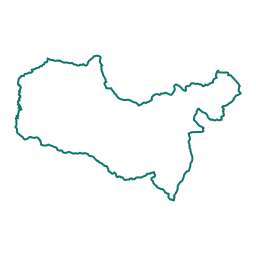 Quan Son, Thanh Hóa, Vietnam (orthographic projection)
{"feature_id": "81297802B81765499113898", "entity_name": "Quan Son", "entity_type": "district", "adm_level": 2, "iso_a3": "VNM", "parent_name": "Vietnam", "parent_adm1": "Thanh Hóa", "projection": "orthographic", "projection_center": [104.801, 20.254], "detail": "fine", "context": "isolated", "style": "outline", "palette": "teal", "viewbox_px": 256, "rotation_deg": 0, "n_neighbors": 0, "source": "geoboundaries", "source_scale": "gbopen_adm2", "svg_char_len": 5731}
<svg xmlns="http://www.w3.org/2000/svg" viewBox="0 0 256 256"><path d="M239.7,86.0L238.6,84.0L237.4,82.6L230.9,75.5L230.7,75.3L228.3,75.2L228.4,73.8L228.0,72.9L226.7,72.4L223.3,72.6L218.8,72.3L218.3,71.8L218.2,70.9L217.3,71.3L216.3,73.4L216.3,74.6L215.9,75.2L216.0,76.1L216.7,77.7L214.5,78.7L213.7,79.4L212.9,81.0L213.0,82.4L210.3,83.3L207.4,85.3L205.3,84.6L204.5,85.8L202.9,86.2L202.3,85.3L200.0,84.2L199.0,84.3L197.5,83.6L195.8,84.0L193.2,83.3L191.7,83.3L191.0,83.6L190.4,84.9L189.5,85.8L188.9,86.0L186.6,86.2L186.0,86.8L185.6,87.8L186.0,90.4L185.4,90.8L184.2,90.5L183.4,90.0L182.1,88.9L180.5,87.0L179.2,85.9L177.3,85.1L176.5,84.5L175.9,84.5L174.6,85.3L174.1,86.1L174.8,89.4L174.5,90.6L172.9,93.1L171.4,94.8L169.8,94.6L165.6,92.7L164.7,93.2L160.9,93.7L159.8,94.9L157.1,94.0L155.6,94.3L153.4,95.6L152.1,96.8L151.7,98.6L151.9,99.7L149.8,101.2L147.9,102.0L147.2,102.1L146.0,103.0L144.4,102.6L143.1,102.9L140.8,104.7L138.7,105.5L137.7,104.2L135.7,102.5L133.9,102.3L130.9,100.7L128.5,99.7L124.5,100.1L122.5,99.7L119.9,98.8L118.4,98.0L117.5,97.0L116.2,95.1L116.0,94.4L114.7,93.8L113.7,91.8L112.7,91.0L111.1,88.2L109.4,88.5L106.4,88.1L105.5,85.8L104.6,84.4L104.4,83.3L104.8,82.6L105.8,82.3L106.3,81.9L105.7,81.0L105.7,79.6L103.5,75.8L102.3,72.0L101.3,69.9L101.6,68.8L101.5,67.1L101.2,66.4L101.6,65.7L102.2,65.3L100.4,63.1L99.9,61.6L100.1,59.4L100.6,58.2L100.3,56.9L99.3,56.1L96.6,55.7L94.0,56.3L92.1,58.4L91.2,58.9L90.3,59.9L89.0,60.8L88.2,61.9L87.9,63.3L87.3,64.3L87.2,64.8L86.0,65.6L85.2,65.5L83.2,64.1L82.0,64.9L80.3,64.7L78.9,65.6L78.1,65.6L75.1,64.5L73.6,64.4L72.8,63.3L71.7,62.9L70.2,63.3L66.7,62.5L63.4,62.5L59.7,60.6L58.7,60.9L57.5,60.4L55.8,60.9L54.0,60.7L52.7,59.9L51.2,60.1L47.8,58.6L47.2,61.6L46.8,62.2L45.2,62.3L44.4,63.4L44.0,64.4L42.7,64.9L41.8,66.1L40.5,66.1L38.6,67.7L36.0,68.1L35.2,69.0L31.8,69.8L32.6,71.5L31.6,72.3L30.5,72.9L29.6,72.5L28.7,72.8L27.8,73.4L24.8,74.1L24.2,74.9L23.9,75.9L21.1,76.0L20.1,77.7L19.0,78.3L18.4,79.9L18.4,81.4L17.9,83.0L18.2,83.8L18.2,84.8L18.8,85.4L19.6,85.2L19.9,86.2L20.9,87.2L20.7,88.0L20.0,89.5L19.9,90.5L19.3,90.7L19.1,91.1L19.5,91.7L19.4,92.3L19.8,92.5L19.1,93.3L19.0,94.2L19.6,95.0L19.5,95.4L20.1,95.6L20.3,97.3L19.9,97.4L19.8,97.7L19.0,98.3L19.1,99.3L19.4,99.4L19.5,100.2L18.7,100.4L18.0,101.4L18.3,101.8L18.1,102.1L18.2,103.5L18.6,104.0L18.2,104.3L18.8,104.7L18.7,105.1L19.3,105.2L18.9,106.1L19.3,106.5L19.1,107.0L20.1,106.4L20.4,106.8L20.5,107.4L19.4,108.1L19.5,108.3L20.7,108.1L20.8,108.7L21.3,109.4L20.3,109.9L19.5,109.9L18.9,110.4L18.9,111.6L18.4,112.3L18.5,112.9L18.2,113.8L18.2,115.6L17.6,115.3L17.4,115.8L16.7,116.0L17.7,118.1L16.3,117.9L15.9,118.1L16.5,120.9L16.2,122.5L16.6,123.3L16.2,125.6L15.4,127.0L16.8,128.6L17.0,130.5L16.8,131.3L17.5,133.2L19.1,134.1L19.6,134.9L22.7,137.1L23.2,138.1L24.5,139.4L25.6,139.4L27.9,138.5L29.0,137.4L30.8,136.9L32.0,137.6L34.6,137.8L36.3,137.4L36.9,137.4L38.1,137.8L39.1,139.1L39.2,139.7L40.3,140.3L40.3,141.6L41.0,142.3L41.1,144.6L43.4,145.5L44.8,145.4L45.4,145.6L46.8,145.4L47.7,144.9L48.7,144.6L49.5,145.2L52.3,146.0L54.3,147.1L55.9,147.4L56.8,148.1L56.9,149.0L57.9,150.1L59.9,150.7L61.4,150.4L62.3,151.0L63.0,152.3L63.3,152.5L64.4,152.8L66.3,152.8L68.2,152.0L69.3,151.9L71.0,152.7L71.7,152.8L72.6,153.5L74.3,153.5L74.9,153.2L77.6,153.6L78.9,153.4L80.0,152.7L81.6,153.4L83.4,153.6L84.8,153.0L87.6,153.9L88.1,154.2L88.4,155.1L89.6,155.9L92.7,156.5L93.7,157.1L94.4,158.1L97.1,160.9L98.3,160.9L98.7,161.9L99.7,162.6L101.6,163.3L103.8,165.2L104.2,165.3L104.7,166.0L106.4,166.2L107.2,166.6L107.6,168.0L108.3,169.2L108.4,170.8L108.9,171.6L109.8,171.7L110.8,172.5L111.4,173.4L112.5,173.7L113.9,173.2L114.2,172.6L114.5,172.5L115.7,173.8L116.3,175.4L116.4,176.5L116.8,176.8L117.2,177.1L118.0,176.9L119.5,176.3L120.0,176.5L120.8,177.4L121.6,177.2L122.6,177.4L123.9,179.3L125.4,180.1L126.6,179.6L129.2,179.6L129.9,178.8L131.4,178.3L132.6,179.4L133.8,179.1L134.5,179.2L136.3,177.5L139.2,177.4L140.9,177.6L144.1,176.1L145.0,176.0L146.5,174.8L147.0,173.9L148.1,173.6L148.6,173.8L150.1,173.7L150.8,172.9L152.2,172.8L153.8,172.1L154.2,172.7L154.4,174.4L155.1,175.0L155.0,176.1L154.2,176.9L152.8,177.4L151.8,178.0L151.4,178.7L151.4,179.5L151.5,180.0L153.1,181.2L153.3,182.8L153.7,183.6L156.9,186.4L156.8,186.9L157.1,187.3L158.9,188.3L161.7,189.2L162.2,189.1L163.1,189.4L163.5,190.1L164.3,190.8L165.1,192.5L166.3,192.9L166.8,193.4L168.6,193.8L168.7,194.2L168.3,197.0L169.2,198.4L170.3,199.5L171.5,199.7L171.9,199.5L173.0,200.2L173.8,200.3L174.0,198.7L174.6,197.1L173.9,196.0L176.6,191.8L177.2,190.4L177.7,188.7L177.6,187.1L178.0,185.3L180.5,181.9L181.8,181.2L182.3,180.6L183.4,178.0L184.3,174.3L185.2,173.7L185.5,172.7L186.5,171.7L187.4,171.2L188.7,170.8L189.0,170.4L190.3,166.2L190.6,163.0L192.0,161.3L192.4,158.8L192.4,157.0L190.9,152.8L190.2,148.8L189.5,147.8L189.8,146.0L189.3,144.9L189.4,143.7L189.0,142.7L188.6,142.3L188.9,140.8L189.8,139.7L190.0,138.8L189.7,137.3L189.0,135.6L189.0,134.3L188.7,133.6L191.6,132.2L201.9,131.9L203.3,131.3L202.9,129.1L202.9,128.6L203.5,128.1L203.3,127.6L199.4,125.8L197.0,123.2L196.7,122.5L194.0,120.1L194.2,117.4L194.5,115.9L196.6,113.2L196.5,111.8L197.6,109.4L198.3,108.7L199.0,108.8L199.6,109.9L200.5,110.2L202.3,112.1L204.6,112.7L206.4,114.0L207.4,115.4L207.9,117.4L209.3,118.8L211.0,119.9L212.1,119.5L214.2,120.4L215.4,120.3L216.9,119.5L218.0,120.1L219.5,120.3L220.7,119.6L221.5,119.8L221.8,118.5L221.2,117.6L221.5,116.5L223.4,116.1L224.0,114.5L223.4,113.6L223.4,111.7L222.9,111.2L223.0,110.6L223.6,110.0L223.8,108.9L222.3,107.4L222.3,107.1L223.1,106.1L224.9,106.0L227.8,104.7L228.8,103.5L231.0,102.4L232.2,101.3L233.9,99.4L233.6,98.8L235.9,95.8L236.7,95.3L237.7,95.1L240.6,93.6L240.6,93.0L238.8,91.3L238.7,90.1L238.8,88.6L239.2,87.9L239.1,86.4L239.7,86.0Z" fill="none" stroke="#0f766e" stroke-width="2"/></svg>